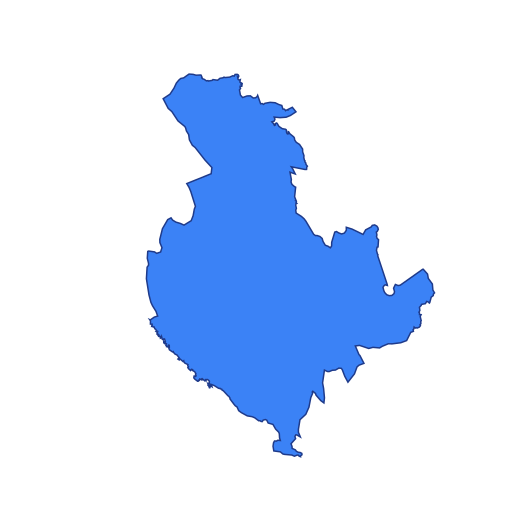 Central Tongu, Volta, Ghana (Equal Earth projection), rotated 143°
{"feature_id": "2480657B36678414015123", "entity_name": "Central Tongu", "entity_type": "district", "adm_level": 2, "iso_a3": "GHA", "parent_name": "Ghana", "parent_adm1": "Volta", "projection": "equal_earth", "projection_center": [0.611, 6.166], "detail": "fine", "context": "isolated", "style": "filled", "palette": "blue", "viewbox_px": 512, "rotation_deg": 143, "n_neighbors": 0, "source": "geoboundaries", "source_scale": "gbopen_adm2", "svg_char_len": 6130}
<svg xmlns="http://www.w3.org/2000/svg" viewBox="0 0 512 512"><g transform="rotate(143 256 256)"><path d="M379.2,269.0L379.3,267.7L381.3,265.2L380.0,264.0L381.6,262.6L380.9,262.3L380.9,261.2L380.1,260.7L380.6,258.7L380.2,257.9L380.5,256.2L380.1,255.4L381.2,255.8L380.8,254.1L382.0,253.4L381.2,252.5L381.1,251.2L381.3,250.8L382.0,251.5L382.1,250.5L381.6,250.4L381.6,249.6L380.6,249.1L381.7,247.9L381.0,247.7L379.9,248.5L381.0,245.8L380.4,244.9L379.6,245.3L379.0,244.8L380.0,241.9L380.8,241.9L381.2,243.2L381.9,242.2L381.6,240.8L381.0,240.7L380.4,239.8L381.7,239.0L381.5,238.1L382.0,237.5L381.4,236.7L380.2,236.8L379.5,237.5L379.0,236.9L380.3,235.1L380.9,235.3L381.6,233.2L380.4,229.6L379.6,229.4L379.9,228.8L379.7,226.4L378.7,224.6L378.6,221.1L380.4,220.7L379.9,219.3L378.8,220.2L377.8,215.7L376.8,215.8L377.3,214.7L377.3,213.4L375.7,210.2L376.6,209.4L376.6,208.1L377.6,207.9L377.7,206.5L377.2,203.9L376.0,204.3L375.7,203.4L375.3,203.8L375.0,203.3L375.4,202.3L374.6,200.6L374.8,198.3L375.4,198.1L376.0,196.3L376.9,196.3L376.9,196.9L377.7,197.4L379.0,196.1L379.0,194.6L378.0,191.1L377.5,190.8L376.8,191.3L376.6,190.8L376.0,190.8L374.9,191.6L373.8,189.5L373.4,189.6L373.0,191.1L372.0,187.0L371.5,187.2L371.0,186.5L370.4,188.2L370.4,187.2L369.2,186.7L368.7,185.5L368.6,184.0L370.0,182.5L369.9,182.0L371.1,183.4L371.3,182.3L372.1,181.9L372.0,180.5L372.5,178.8L372.0,178.6L371.8,179.5L370.8,180.4L371.1,179.4L370.1,179.0L369.8,178.1L369.5,178.9L370.2,179.6L369.5,180.5L368.9,180.3L367.3,177.6L365.6,173.1L364.9,172.1L364.4,172.0L364.2,171.0L363.5,170.2L363.8,169.0L363.2,168.3L362.5,161.2L362.1,160.2L362.3,158.2L362.8,157.5L362.8,150.8L362.7,148.8L362.0,146.9L362.9,142.9L362.0,139.8L359.2,133.6L355.8,130.0L354.4,127.6L353.0,122.8L351.9,122.0L351.5,120.8L350.7,120.0L349.1,120.6L347.0,119.8L346.2,118.4L346.8,115.3L343.8,111.3L344.5,105.9L343.9,101.7L344.3,100.1L346.7,96.5L347.6,94.0L349.4,95.7L351.1,95.9L352.5,97.1L352.9,97.0L354.5,96.2L356.9,93.8L359.1,89.6L354.4,84.9L353.7,81.7L352.5,80.3L347.2,75.5L345.8,73.0L342.9,72.2L342.1,71.5L342.0,70.1L341.2,68.9L340.8,69.6L338.9,69.6L338.2,70.8L338.9,72.4L340.5,74.0L341.3,75.8L341.2,77.4L342.9,80.6L341.8,82.3L341.0,85.0L334.3,86.3L333.6,88.4L331.9,89.2L331.1,88.6L329.5,84.8L328.2,89.7L326.4,92.1L319.4,98.8L311.5,99.6L304.7,103.4L297.5,109.9L293.5,112.2L292.9,113.6L292.0,113.8L291.2,110.4L291.8,108.8L291.3,101.5L290.2,97.8L286.7,101.5L281.7,109.6L279.2,114.6L270.0,123.7L268.5,120.8L267.2,119.7L263.8,118.8L261.2,117.1L257.3,116.6L255.5,115.0L255.5,113.4L257.5,106.5L258.5,99.9L248.3,102.6L242.1,106.6L239.4,106.8L234.4,105.3L232.9,114.0L233.1,115.3L230.8,124.4L227.1,122.3L221.6,114.3L217.6,112.7L212.6,108.2L209.5,107.9L203.2,106.3L200.1,103.9L192.6,99.6L186.6,97.8L178.4,101.9L175.6,101.1L174.9,102.6L174.0,102.7L172.5,104.1L172.2,102.6L171.2,102.3L170.7,101.5L168.4,100.9L166.6,101.4L166.4,102.4L165.1,102.7L163.8,104.6L163.0,104.9L161.3,108.8L159.5,109.8L160.7,110.8L159.7,112.2L159.7,113.0L157.9,113.9L156.3,116.7L153.8,117.1L153.0,117.8L149.4,116.0L147.0,117.0L146.0,115.4L145.9,114.1L145.3,114.2L140.8,117.7L138.3,117.7L137.1,118.9L135.6,119.1L135.2,122.4L132.0,127.5L131.9,134.4L129.9,138.3L130.4,144.8L130.9,145.1L158.4,145.9L160.3,146.9L161.8,149.4L165.5,147.5L166.8,144.2L168.4,142.9L171.2,142.7L173.5,144.2L174.9,146.4L175.2,149.4L174.7,151.6L173.4,154.6L171.4,155.3L170.1,155.2L168.8,153.4L168.2,154.7L158.7,182.8L157.8,183.7L157.8,184.6L156.4,188.0L154.0,190.2L153.1,189.8L148.3,195.3L148.7,197.2L147.9,199.2L146.8,200.0L145.5,202.7L144.2,202.7L142.3,203.7L141.6,205.3L141.5,207.1L142.5,209.4L144.7,210.5L146.5,209.9L152.7,210.9L157.5,208.8L163.1,219.7L166.6,224.6L168.4,222.2L171.6,221.1L174.4,222.1L176.1,224.8L177.0,227.1L178.7,227.7L187.3,221.4L189.6,218.5L191.7,217.8L192.6,220.5L194.2,222.9L193.7,227.3L192.6,230.2L193.2,233.1L194.9,235.6L196.2,236.5L196.9,238.6L195.2,253.8L195.2,256.8L195.9,260.3L198.1,266.1L196.6,268.8L195.1,269.7L193.8,272.5L192.4,273.9L191.9,273.6L192.0,274.4L191.2,274.8L190.7,275.7L191.0,276.3L190.6,276.3L189.5,280.1L182.9,287.1L183.5,288.2L184.2,291.5L183.5,294.0L181.8,295.7L178.4,302.5L175.3,297.9L174.2,303.6L174.1,306.0L164.8,295.6L163.5,294.7L161.9,296.5L160.9,296.8L161.0,298.9L160.2,300.5L160.3,301.9L159.6,302.5L159.7,303.3L158.6,305.8L157.3,307.3L156.1,311.0L154.4,313.4L154.1,318.9L155.4,322.5L155.3,325.3L154.3,327.2L154.2,328.4L155.4,333.3L155.2,335.6L155.4,335.9L156.5,334.3L157.1,334.2L157.5,334.9L157.3,336.1L155.9,338.6L156.1,339.4L158.4,341.9L159.7,345.7L159.3,349.2L159.7,350.0L160.9,350.1L161.8,349.0L162.7,349.2L162.3,351.3L162.6,353.6L160.2,352.8L158.5,353.9L157.9,356.0L153.5,352.0L148.4,348.7L143.9,347.5L137.3,347.1L137.5,352.9L142.7,353.9L142.7,353.5L144.2,354.4L144.9,354.3L144.9,356.1L146.1,357.2L144.8,360.7L146.6,363.2L148.5,366.9L152.2,370.2L157.0,372.6L158.8,372.6L159.3,374.0L160.7,374.8L158.0,383.3L159.1,382.7L161.1,382.6L163.1,383.8L164.1,387.3L166.8,389.2L171.3,390.6L171.6,393.9L169.2,398.7L167.6,399.0L167.2,400.4L166.5,401.1L165.3,400.1L164.8,400.3L164.6,402.1L163.6,401.6L163.2,402.1L164.2,404.7L162.4,406.3L163.5,406.6L164.0,407.8L162.9,410.2L162.6,409.4L161.5,410.0L161.2,411.4L161.6,412.3L163.4,413.6L165.2,412.8L166.0,413.9L169.4,414.7L173.4,417.2L173.9,418.1L175.2,418.2L177.8,419.6L180.9,419.5L184.2,422.8L185.2,422.6L188.8,424.4L188.8,425.0L190.2,425.7L191.0,428.2L192.0,429.7L192.1,431.0L191.6,431.1L191.0,433.5L191.3,433.9L195.1,436.5L196.9,438.9L200.0,441.6L206.6,441.8L209.3,443.1L211.9,442.9L215.6,442.0L220.5,439.4L227.3,437.0L235.5,437.5L237.3,426.7L236.3,422.0L237.0,410.8L234.9,402.2L235.2,400.5L236.3,397.8L236.7,393.5L239.3,388.8L240.2,382.7L239.3,379.3L239.0,363.2L238.0,353.2L242.3,348.7L267.7,355.5L268.2,351.0L269.3,346.7L274.5,332.1L277.0,330.6L282.0,326.0L286.5,323.2L294.9,324.0L296.8,327.5L299.6,331.3L301.0,334.9L300.9,337.6L304.6,338.2L314.3,334.1L322.8,327.2L324.7,324.5L326.1,319.2L329.8,316.6L333.7,317.9L334.6,320.4L338.8,324.6L339.7,324.8L344.2,319.6L346.2,314.9L347.4,313.3L349.7,312.6L357.2,303.8L364.9,289.3L367.8,282.3L368.6,278.5L369.2,271.9L370.7,267.2L374.0,268.4L379.0,268.6L379.2,269.0Z" fill="#3b82f6" stroke="#1e3a8a" stroke-width="1.5"/></g></svg>